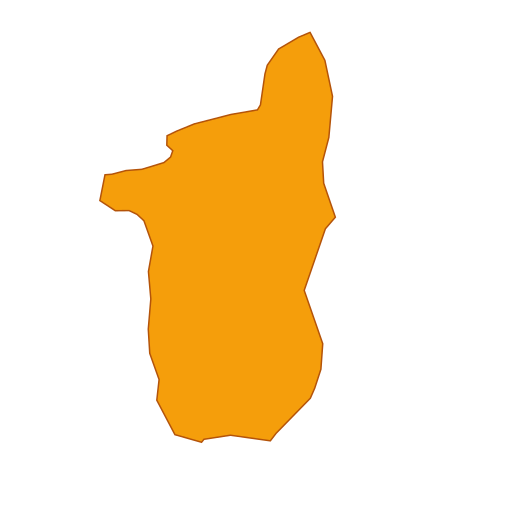 Hrpelje-Kozina, orthographic projection, rotated 239°
{"feature_id": "SVN-1026", "entity_name": "Hrpelje-Kozina", "entity_type": "Municipality", "adm_level": 1, "iso_a3": "SVN", "parent_name": "Slovenia", "parent_adm1": "", "projection": "orthographic", "projection_center": [14.024, 45.558], "detail": "fine", "context": "isolated", "style": "filled", "palette": "amber", "viewbox_px": 512, "rotation_deg": 239, "n_neighbors": 0, "source": "natural_earth", "source_scale": "10m", "svg_char_len": 790}
<svg xmlns="http://www.w3.org/2000/svg" viewBox="0 0 512 512"><g transform="rotate(239 256 256)"><path d="M90.2,173.1L115.6,141.7L125.7,117.0L124.4,113.4L144.6,94.5L183.5,96.7L200.0,109.3L227.3,114.8L248.8,126.0L273.3,143.7L298.1,155.8L317.6,172.8L343.9,178.1L352.9,175.5L360.3,170.6L367.3,158.7L383.9,150.7L403.4,168.4L400.3,174.6L396.2,188.6L389.1,202.8L383.5,225.2L384.8,233.7L389.1,238.9L396.9,236.6L404.9,241.7L403.9,252.4L401.0,271.2L390.2,307.5L380.5,332.5L383.2,337.6L407.5,357.5L413.7,363.9L421.8,382.0L421.6,405.2L419.9,417.1L419.8,417.5L388.2,415.8L353.4,403.8L320.1,379.5L302.5,361.5L283.5,351.5L248.4,344.0L248.3,343.7L243.6,329.5L201.7,279.6L146.4,268.0L125.5,253.3L112.5,238.3L106.1,229.3L93.7,182.0L90.2,173.1Z" fill="#f59e0b" stroke="#b45309" stroke-width="1.5"/></g></svg>